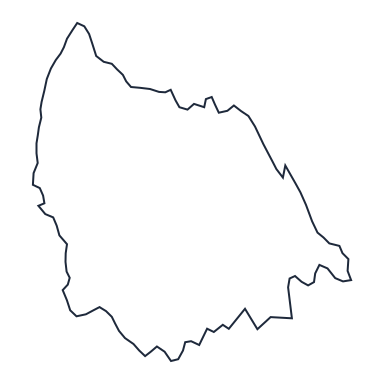 Arabutã, Santa Catarina, Brazil
{"feature_id": "56859067B92044230546448", "entity_name": "Arabutã", "entity_type": "district", "adm_level": 2, "iso_a3": "BRA", "parent_name": "Brazil", "parent_adm1": "Santa Catarina", "projection": "equal_earth", "projection_center": [-52.181, -27.135], "detail": "fine", "context": "isolated", "style": "outline", "palette": "slate", "viewbox_px": 384, "rotation_deg": 0, "n_neighbors": 0, "source": "geoboundaries", "source_scale": "gbopen_adm2", "svg_char_len": 1533}
<svg xmlns="http://www.w3.org/2000/svg" viewBox="0 0 384 384"><path d="M339.4,245.9L329.3,243.4L323.5,237.5L317.5,232.6L312.1,221.3L306.0,204.9L300.4,192.3L295.6,183.6L285.3,165.5L282.9,177.6L276.4,169.1L272.7,161.9L263.4,144.2L255.0,126.5L248.4,116.0L241.1,111.1L233.9,105.5L227.4,110.8L218.8,112.7L214.9,104.4L211.7,97.0L205.9,99.1L204.2,107.2L194.0,103.9L187.5,109.6L179.4,107.2L175.5,100.3L170.7,89.8L165.3,92.3L159.0,91.9L150.0,89.0L140.0,87.8L131.0,87.0L126.2,81.4L122.9,74.9L117.1,69.4L111.8,63.8L103.7,61.8L96.2,56.0L92.4,44.0L89.1,34.0L84.3,26.3L77.2,23.0L72.6,29.9L67.0,38.7L63.9,47.2L60.6,53.6L55.8,60.0L50.9,68.5L46.8,79.0L44.3,90.8L41.6,101.9L40.4,109.3L41.3,117.6L38.9,127.3L37.8,135.3L36.5,143.3L36.5,153.3L37.7,163.0L33.6,173.1L32.9,184.8L39.8,188.1L43.1,195.6L44.4,203.3L38.4,205.8L45.3,214.1L53.2,217.4L56.7,225.7L59.4,235.4L67.0,244.2L65.7,253.2L65.5,261.9L66.6,271.6L69.7,277.8L67.8,284.6L62.7,290.1L66.9,300.2L70.2,310.3L76.5,316.3L85.9,314.3L93.4,310.3L99.5,307.1L106.0,311.1L111.8,316.8L115.1,323.5L119.0,330.9L125.0,338.1L133.5,344.0L139.2,350.5L145.1,356.1L150.8,351.7L156.9,346.5L164.6,351.7L171.0,361.0L178.2,359.2L183.0,350.5L185.2,342.2L191.1,341.2L199.2,345.0L207.1,328.7L213.8,332.0L222.8,324.8L228.8,328.8L245.0,308.8L257.4,329.2L270.6,317.1L291.9,318.3L288.1,287.3L289.6,278.5L295.0,276.0L301.6,281.8L308.1,285.4L314.0,282.1L315.2,273.4L319.4,264.9L327.5,268.4L335.2,278.1L343.0,281.4L351.1,280.1L347.6,270.9L348.4,259.1L342.5,253.2L339.4,245.9Z" fill="none" stroke="#1e293b" stroke-width="2"/></svg>